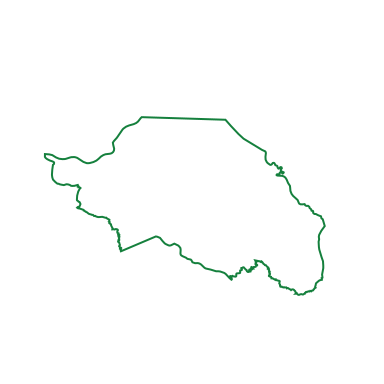 the district of Khuan Niang, Songkhla, Thailand, rotated 289°
{"feature_id": "78962969B48341531753784", "entity_name": "Khuan Niang", "entity_type": "district", "adm_level": 2, "iso_a3": "THA", "parent_name": "Thailand", "parent_adm1": "Songkhla", "projection": "natural_earth1", "projection_center": [100.353, 7.193], "detail": "fine", "context": "isolated", "style": "outline", "palette": "green", "viewbox_px": 384, "rotation_deg": 289, "n_neighbors": 0, "source": "geoboundaries", "source_scale": "gbopen_adm2", "svg_char_len": 6038}
<svg xmlns="http://www.w3.org/2000/svg" viewBox="0 0 384 384"><g transform="rotate(289 192 192)"><path d="M271.2,200.1L246.4,120.1L245.3,119.5L241.0,118.0L239.1,116.8L237.2,114.8L234.5,110.9L232.3,108.4L229.6,106.5L228.5,106.0L218.8,103.3L214.8,101.6L212.9,101.1L210.7,102.3L207.6,104.3L205.8,104.7L204.1,104.4L202.5,103.4L201.5,102.0L199.5,97.9L198.1,96.2L195.9,94.4L193.0,92.9L190.6,91.4L188.2,89.0L186.1,85.9L185.4,84.4L185.0,83.0L185.1,79.5L186.9,72.4L186.9,70.6L186.7,69.3L185.7,66.7L185.1,65.7L182.2,61.8L181.7,60.9L180.9,58.8L180.2,55.6L180.4,52.2L181.4,47.9L181.1,44.8L180.0,40.6L177.3,41.5L176.5,42.6L175.9,44.4L175.5,47.3L175.5,50.4L175.1,51.9L174.5,52.2L173.4,52.3L172.4,51.7L167.7,52.6L162.6,54.0L160.4,55.1L158.5,56.5L157.0,59.4L156.1,61.8L156.1,62.4L156.4,63.2L156.2,64.3L156.4,66.1L156.8,68.6L158.4,70.7L158.8,72.2L158.9,74.1L158.5,75.6L158.8,76.9L159.5,78.7L161.5,81.7L160.5,82.5L160.1,82.4L160.2,83.0L159.6,83.1L159.8,83.6L159.7,84.4L159.6,85.2L159.4,85.3L158.6,84.8L155.4,84.3L151.2,84.6L147.2,85.7L146.7,86.0L146.2,87.6L145.9,87.9L145.9,88.9L144.7,90.2L144.0,90.5L141.5,90.3L140.6,88.9L139.8,88.5L139.5,89.5L139.8,91.3L139.8,95.2L139.2,95.6L139.3,96.3L138.9,97.1L138.9,97.9L138.6,98.3L138.6,99.3L137.8,101.4L137.8,103.2L137.9,103.8L137.8,104.9L138.1,105.8L137.4,107.3L137.9,108.3L137.6,109.4L137.7,111.2L138.2,112.7L139.3,115.2L139.5,118.8L139.8,119.4L139.3,120.2L138.9,122.9L137.8,123.1L137.1,123.7L136.7,123.3L136.3,124.0L135.6,124.0L135.3,124.9L135.2,125.6L135.0,126.0L134.2,126.3L133.8,126.7L133.5,126.9L131.6,129.0L131.1,128.7L130.7,128.8L131.3,130.1L131.3,130.9L132.2,132.1L132.3,133.7L131.9,134.3L131.4,134.4L131.0,134.2L130.0,134.3L129.2,134.7L129.0,136.1L128.6,136.2L128.1,135.9L127.6,136.0L127.4,136.3L127.7,136.6L127.7,137.0L126.6,136.7L126.6,137.7L125.9,138.0L125.2,137.6L124.0,138.4L123.5,138.2L123.2,138.7L122.5,138.9L122.3,138.8L122.2,138.4L121.7,138.6L121.5,138.2L121.3,138.2L121.1,138.6L120.7,138.7L120.5,139.6L119.3,140.4L118.4,141.1L117.7,141.0L117.2,140.7L116.9,140.8L116.4,141.8L116.2,142.7L115.4,142.2L114.8,142.3L114.7,142.7L115.3,143.0L115.1,143.5L114.4,143.3L114.0,143.6L113.3,143.7L112.8,144.1L138.2,172.3L138.4,173.8L138.2,176.7L136.0,180.2L134.5,183.0L134.2,184.3L133.9,187.2L134.0,188.1L134.6,189.3L137.4,192.1L136.9,196.4L136.3,197.7L135.2,199.3L133.6,200.1L130.1,201.1L129.1,201.7L128.8,202.1L128.5,202.7L128.2,204.3L127.9,207.8L127.3,209.4L127.7,212.8L127.2,213.8L125.7,215.3L125.7,218.1L126.7,220.7L126.8,222.4L126.4,224.2L124.5,228.3L124.2,229.4L124.2,230.3L124.7,234.8L124.9,240.6L125.6,242.6L126.0,244.5L126.0,248.8L125.5,250.5L122.8,255.6L121.6,258.6L122.4,257.8L123.0,257.8L123.9,257.3L124.1,256.7L123.8,256.4L123.9,256.1L124.5,255.4L124.8,255.4L125.1,255.9L124.9,256.2L125.0,256.8L125.9,257.6L125.7,258.4L126.1,260.6L126.5,261.1L127.0,261.2L128.8,260.6L129.4,260.7L129.7,261.0L130.5,262.9L130.9,263.6L131.3,263.8L133.4,263.1L134.2,264.2L134.7,264.5L135.7,263.5L136.2,263.4L136.6,264.3L137.4,264.8L137.6,265.4L136.1,268.2L136.1,268.8L135.0,269.7L134.7,270.4L134.6,271.0L134.9,271.6L135.8,271.4L136.1,271.6L136.1,271.8L135.7,272.2L135.9,273.2L136.4,273.2L137.0,272.9L137.8,273.5L137.8,272.8L138.0,272.5L138.0,272.2L138.7,272.9L139.4,273.0L139.5,273.6L139.9,272.7L140.1,272.5L140.5,272.8L140.4,273.7L140.2,274.1L139.7,274.3L139.7,274.5L140.6,275.1L141.3,275.0L142.0,276.5L143.2,276.6L143.8,277.5L144.2,277.4L144.7,276.4L144.5,275.8L144.6,275.4L145.5,275.4L146.3,275.6L147.9,274.0L148.2,276.3L147.7,276.0L148.0,276.8L148.5,278.2L148.2,280.1L148.5,280.2L149.0,279.9L149.1,280.0L148.7,281.2L147.3,283.0L147.1,284.1L146.6,284.7L146.8,285.8L145.9,287.1L145.4,288.8L145.1,288.9L144.7,288.5L144.3,288.6L144.7,289.3L144.2,289.9L143.4,289.8L142.9,290.6L142.0,290.7L141.7,291.6L140.7,291.3L140.2,291.9L140.0,292.4L139.2,292.5L138.3,291.9L137.6,292.1L137.4,292.8L137.5,294.4L136.2,295.2L136.7,296.3L136.4,297.0L136.4,297.7L136.1,298.8L136.7,299.6L136.0,300.1L136.1,300.5L136.3,301.6L136.2,302.2L136.4,303.2L136.1,303.6L136.1,304.0L133.9,304.3L133.2,305.3L131.9,305.8L131.7,306.2L131.3,306.4L131.3,306.9L131.8,307.6L131.4,308.4L131.7,309.2L131.6,310.0L132.0,310.4L132.0,311.1L132.5,312.2L132.2,312.8L131.8,313.1L132.4,313.9L132.4,314.2L131.9,315.9L131.9,316.9L131.5,317.6L132.0,317.9L132.5,318.4L132.8,319.3L132.6,320.4L132.2,320.9L132.0,321.6L131.7,322.0L131.4,322.1L130.9,322.7L130.5,322.9L130.7,323.3L130.6,323.6L129.6,323.1L129.9,323.8L129.9,324.5L129.4,325.9L129.6,326.7L130.6,327.8L131.1,328.9L131.1,330.0L131.4,330.6L132.2,331.1L132.6,331.8L133.5,331.7L133.9,332.2L134.5,332.3L134.7,333.1L135.2,333.3L135.5,334.0L136.0,334.4L136.2,335.6L137.0,335.9L137.0,337.2L137.6,337.3L138.5,338.6L139.5,338.7L140.0,339.1L140.8,339.2L141.8,340.0L142.3,339.4L142.9,339.2L143.8,339.3L145.6,339.0L146.3,339.1L149.4,340.9L150.1,341.5L151.3,343.4L152.8,342.6L153.2,343.2L153.7,343.2L156.2,341.9L162.8,340.9L165.1,340.1L169.2,338.4L172.6,335.7L179.0,331.1L181.3,329.9L186.2,327.9L188.7,327.6L190.9,326.5L192.9,326.2L197.4,326.9L203.0,328.6L208.8,324.5L209.2,323.0L211.0,321.9L211.1,318.8L211.5,316.3L211.1,314.9L211.4,313.9L211.8,313.3L212.9,313.0L213.4,312.6L213.5,312.3L213.2,311.4L213.3,311.0L214.2,310.5L214.6,309.9L215.1,308.5L216.2,307.7L216.7,306.2L216.2,304.9L216.1,304.5L216.3,303.4L217.2,302.4L216.2,300.3L215.7,298.6L215.9,297.2L216.5,296.5L218.8,294.5L221.2,288.9L222.7,286.7L225.1,284.7L228.5,283.2L229.7,282.6L231.8,279.9L234.6,277.4L236.0,275.6L236.5,274.3L236.7,272.2L235.4,267.6L235.4,266.6L235.9,266.4L236.5,266.7L237.0,268.3L237.4,268.9L238.6,268.7L239.2,269.2L239.6,270.2L239.1,271.3L239.0,271.8L239.3,272.1L240.2,272.4L240.5,272.2L240.7,269.1L242.4,268.8L243.7,269.2L244.4,268.7L244.5,268.0L244.3,267.5L243.7,267.1L242.6,266.8L242.3,266.4L242.3,266.0L242.9,265.1L244.3,264.2L244.5,263.6L244.5,262.1L245.9,260.8L246.2,260.2L246.2,259.8L245.7,258.9L244.1,258.4L243.3,257.7L243.2,256.8L244.0,254.1L244.7,252.9L246.5,251.1L249.2,250.0L252.9,249.2L254.0,248.4L254.3,247.8L254.6,244.5L259.2,223.4L262.0,217.0L267.1,207.3L271.2,200.1Z" fill="none" stroke="#15803d" stroke-width="2"/></g></svg>